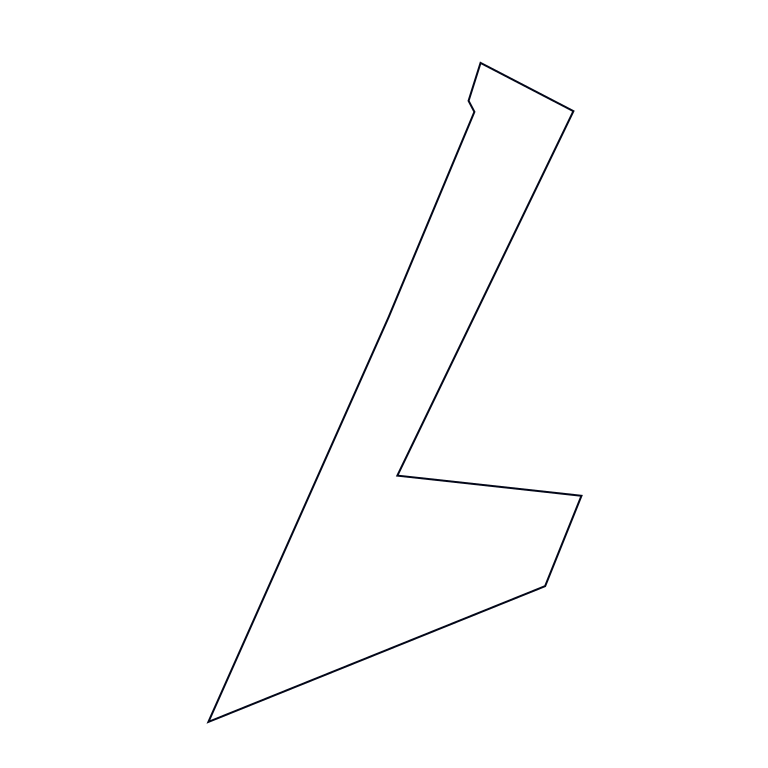 Manassas Park, Virginia, United States of America (Robinson projection), rotated 78°
{"feature_id": "52423323B92957530316980", "entity_name": "Manassas Park", "entity_type": "district", "adm_level": 2, "iso_a3": "USA", "parent_name": "United States of America", "parent_adm1": "Virginia", "projection": "robinson", "projection_center": [-77.456, 38.771], "detail": "fine", "context": "isolated", "style": "outline", "palette": "ink", "viewbox_px": 768, "rotation_deg": 78, "n_neighbors": 0, "source": "geoboundaries", "source_scale": "gbopen_adm2", "svg_char_len": 284}
<svg xmlns="http://www.w3.org/2000/svg" viewBox="0 0 768 768"><g transform="rotate(78 384 384)"><path d="M319.6,365.6L678.0,626.0L615.2,268.4L534.4,214.1L476.4,390.0L156.5,142.0L90.0,222.8L124.6,242.4L136.6,239.0L319.6,365.6Z" fill="none" stroke="#020617" stroke-width="2"/></g></svg>